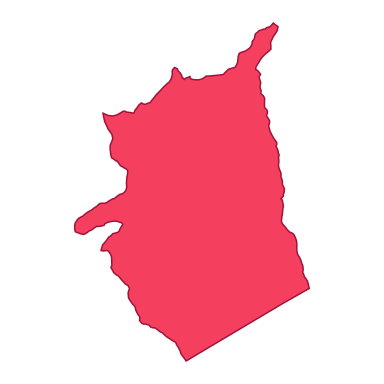 outline of Pemathang, Samdrup Jongkhar, Bhutan
{"feature_id": "84629894B34482076468426", "entity_name": "Pemathang", "entity_type": "district", "adm_level": 2, "iso_a3": "BTN", "parent_name": "Bhutan", "parent_adm1": "Samdrup Jongkhar", "projection": "robinson", "projection_center": [91.762, 26.895], "detail": "fine", "context": "isolated", "style": "filled", "palette": "rose", "viewbox_px": 384, "rotation_deg": 0, "n_neighbors": 0, "source": "geoboundaries", "source_scale": "gbopen_adm2", "svg_char_len": 4635}
<svg xmlns="http://www.w3.org/2000/svg" viewBox="0 0 384 384"><path d="M103.0,113.2L103.8,117.6L104.8,121.9L106.8,126.1L108.3,129.4L111.9,134.4L112.3,136.3L112.6,137.5L112.7,139.1L112.0,140.8L111.3,142.7L110.4,144.8L110.1,145.9L110.1,147.6L110.2,149.6L110.7,154.3L111.5,157.7L112.7,158.5L114.1,159.4L115.5,160.5L116.3,161.1L117.1,161.0L118.2,162.5L120.4,165.7L121.7,166.4L123.3,167.4L126.1,169.0L127.6,170.2L127.7,173.1L127.2,175.6L126.8,177.6L126.4,183.9L126.6,185.5L126.7,187.5L126.1,189.4L125.6,190.8L123.9,192.7L122.1,193.9L121.0,194.0L119.8,194.4L117.4,196.0L116.1,197.1L114.2,198.6L112.5,198.9L108.7,201.1L106.5,202.7L104.8,203.3L102.0,203.2L100.0,203.4L98.4,204.6L96.7,206.4L94.9,207.4L91.4,210.1L88.2,211.8L84.5,214.5L83.1,215.9L80.4,217.3L78.3,218.6L77.1,220.2L75.7,222.2L75.1,223.4L74.7,225.6L74.7,229.0L75.3,231.8L77.5,232.6L80.1,233.6L83.3,234.4L85.3,233.8L87.7,232.2L89.0,231.1L91.9,229.8L95.1,227.3L97.2,226.3L98.2,226.5L101.1,226.1L104.1,225.3L105.0,223.7L107.2,222.5L110.3,221.7L113.2,221.2L116.7,221.2L120.6,222.5L122.1,223.1L122.7,224.5L121.2,226.8L119.8,229.2L119.3,231.0L117.6,232.4L114.7,233.2L112.7,233.7L110.9,235.7L108.7,237.2L106.1,240.9L102.6,244.9L101.0,250.5L102.7,250.9L103.7,250.9L105.4,250.7L106.8,250.5L107.8,250.8L108.6,251.5L109.8,253.1L110.6,254.5L111.4,256.5L111.6,257.5L111.6,258.7L111.7,260.4L111.8,264.1L111.9,265.4L111.4,266.2L111.0,267.5L111.4,268.5L111.9,269.2L112.6,270.3L113.1,271.4L113.4,272.2L114.0,272.9L115.2,273.9L115.9,274.6L116.7,275.1L117.9,275.6L118.6,276.3L119.7,277.6L120.7,278.8L121.7,280.0L122.6,280.9L123.9,282.3L125.0,283.8L126.5,284.7L127.9,285.4L129.5,288.5L128.1,292.7L128.5,297.9L130.3,300.9L132.6,304.1L134.5,306.0L135.0,306.8L135.9,310.4L137.1,312.8L138.0,314.6L139.7,316.7L139.7,318.0L139.5,320.5L142.0,323.5L143.9,324.1L145.3,324.0L148.7,325.0L149.5,325.6L150.8,327.2L152.5,327.7L155.5,328.1L156.9,329.2L160.1,331.8L162.1,332.7L164.0,334.3L166.2,336.5L168.7,338.1L171.1,339.7L173.3,341.1L175.3,342.2L176.2,343.3L176.4,344.5L177.7,346.4L178.4,347.6L179.1,349.1L180.1,350.7L180.8,353.4L181.6,354.7L183.0,356.6L183.6,357.4L185.0,359.2L186.1,361.0L188.5,359.6L196.6,354.7L234.3,332.3L282.7,303.5L309.3,288.4L308.7,286.0L308.4,284.3L307.8,282.5L307.5,281.1L306.0,278.8L304.9,277.4L304.3,276.4L303.6,274.1L302.7,272.4L303.0,270.8L303.2,269.3L303.0,267.1L302.7,265.4L301.8,263.4L301.2,261.5L300.5,259.2L299.7,257.8L298.9,256.3L297.8,254.6L297.3,253.0L296.9,251.0L296.7,247.8L296.9,246.2L296.8,243.5L296.6,241.5L296.2,239.8L295.2,237.3L294.5,235.7L293.6,234.2L292.0,233.0L290.0,232.3L288.9,231.3L287.0,229.4L285.5,227.2L284.9,226.6L282.9,224.4L281.6,222.3L281.5,220.1L281.8,217.3L282.4,214.1L282.7,210.9L282.9,208.4L283.3,206.5L283.3,205.0L282.9,203.6L282.7,201.5L281.9,199.5L280.9,198.7L283.3,196.3L283.4,194.4L284.1,192.2L284.4,189.8L284.5,188.9L283.1,185.8L282.4,184.3L282.4,181.8L282.0,179.3L281.0,177.5L281.0,174.8L281.1,173.8L280.6,172.1L279.3,169.1L278.5,166.0L278.6,163.7L278.9,161.5L278.8,159.7L278.5,157.1L279.0,155.9L279.1,154.7L278.4,153.3L278.1,151.2L277.6,149.4L276.7,147.7L276.1,146.5L276.3,145.6L276.8,144.5L276.8,143.0L276.3,141.8L273.7,138.3L271.7,134.6L270.0,131.0L268.8,126.7L268.9,125.0L269.4,123.3L269.6,122.0L269.5,120.3L268.7,119.2L268.0,118.1L266.5,115.9L266.7,114.8L267.3,113.8L267.4,112.6L267.4,111.2L266.8,109.9L265.6,108.5L264.7,107.6L264.5,106.5L264.5,101.5L264.7,98.6L264.1,97.1L263.2,95.6L261.6,94.2L260.9,93.3L261.0,91.9L261.1,90.6L260.8,89.6L260.1,87.8L260.1,85.6L260.7,83.4L260.5,81.9L259.0,77.2L260.6,74.2L258.0,70.9L255.7,69.3L256.0,66.9L261.7,57.7L264.9,54.4L268.2,51.7L270.9,49.2L270.8,44.5L270.6,42.6L271.0,41.4L273.6,36.1L275.8,33.1L277.2,30.6L278.0,26.6L275.0,24.5L273.3,23.0L270.2,26.6L266.5,27.7L264.8,29.2L262.9,29.2L262.0,29.8L259.0,30.7L257.5,32.2L255.5,33.8L254.8,36.2L254.3,38.9L252.2,41.5L252.0,44.3L250.4,47.1L249.2,48.4L245.3,51.1L240.7,52.5L239.1,53.5L238.1,56.8L238.1,58.4L237.5,62.5L236.4,65.0L235.1,67.3L228.5,69.2L225.8,71.8L223.2,74.5L220.7,74.9L215.4,75.4L209.6,76.0L206.1,76.1L204.7,77.3L202.0,78.9L198.7,79.8L195.3,79.8L191.4,79.2L190.2,77.9L189.9,76.5L188.0,77.4L186.0,78.0L184.2,79.5L183.5,78.4L182.3,77.5L181.9,76.6L181.6,75.0L180.9,74.1L180.1,72.8L178.8,71.6L177.7,70.3L177.4,68.8L175.9,68.1L174.7,67.5L173.3,68.7L172.2,70.6L172.3,74.9L171.7,76.6L171.5,78.1L169.3,82.0L167.2,83.6L165.2,85.6L163.4,87.2L160.0,91.0L156.5,94.4L154.1,97.5L150.1,102.5L144.8,104.4L142.9,103.8L141.4,102.9L138.7,105.2L136.7,108.2L135.1,110.0L134.2,112.5L133.6,113.2L130.8,112.6L126.2,112.0L125.0,111.1L123.1,111.3L118.5,114.1L116.7,115.0L112.8,116.0L108.3,115.5L103.0,113.2Z" fill="#f43f5e" stroke="#9f1239" stroke-width="1.5"/></svg>